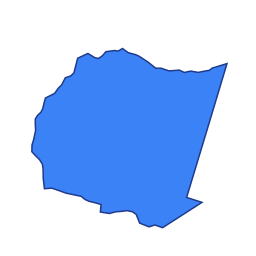 outline of Prata do Piauí, Piauí, Brazil, rotated 286°
{"feature_id": "56859067B9485913945767", "entity_name": "Prata do Piauí", "entity_type": "district", "adm_level": 2, "iso_a3": "BRA", "parent_name": "Brazil", "parent_adm1": "Piauí", "projection": "albers", "projection_center": [-42.169, -5.724], "detail": "fine", "context": "isolated", "style": "filled", "palette": "blue", "viewbox_px": 256, "rotation_deg": 286, "n_neighbors": 0, "source": "geoboundaries", "source_scale": "gbopen_adm2", "svg_char_len": 967}
<svg xmlns="http://www.w3.org/2000/svg" viewBox="0 0 256 256"><g transform="rotate(286 128 128)"><path d="M46.6,64.4L49.2,71.4L48.3,86.6L48.7,91.8L49.4,101.9L47.5,106.2L46.8,110.6L47.1,117.6L47.0,123.2L39.6,124.6L40.7,133.7L44.0,139.2L46.2,145.1L48.3,149.8L48.7,155.5L47.2,159.7L44.1,162.1L39.8,165.4L39.3,170.1L38.8,175.5L42.2,180.6L41.7,188.7L76.9,219.6L77.4,203.5L154.1,204.6L217.2,205.4L208.7,192.3L205.9,190.4L203.4,185.1L200.8,180.2L200.0,172.6L196.9,166.8L197.8,161.5L194.2,151.6L194.6,143.3L193.1,138.2L196.8,129.3L200.0,119.1L200.6,115.1L200.5,107.5L202.9,100.8L199.3,97.4L198.7,93.5L195.3,85.8L190.3,83.4L186.8,80.5L186.4,76.9L188.6,68.9L181.2,60.4L166.1,60.8L162.4,58.7L159.0,53.9L150.9,52.3L146.9,49.9L141.1,48.0L134.1,40.4L129.7,40.4L122.7,40.7L119.1,39.9L115.5,37.7L111.2,36.4L107.1,37.5L100.0,39.9L90.4,40.5L85.2,40.4L78.7,42.1L75.8,46.9L73.2,51.7L69.6,55.7L64.8,57.8L56.5,60.3L46.6,64.4Z" fill="#3b82f6" stroke="#1e3a8a" stroke-width="1.5"/></g></svg>